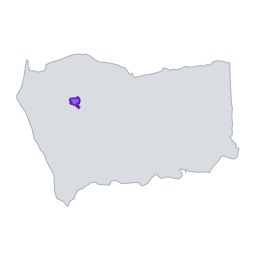 Amansie West, Ashanti, Ghana (highlighted), rotated 88°
{"feature_id": "2480657B59515552665793", "entity_name": "Amansie West", "entity_type": "district", "adm_level": 2, "iso_a3": "GHA", "parent_name": "Ghana", "parent_adm1": "Ashanti", "projection": "orthographic", "projection_center": [-1.803, 6.438], "detail": "fine", "context": "in_parent", "style": "filled", "palette": "violet", "viewbox_px": 256, "rotation_deg": 88, "n_neighbors": 0, "source": "geoboundaries", "source_scale": "gbopen_adm2", "svg_char_len": 4957}
<svg xmlns="http://www.w3.org/2000/svg" viewBox="0 0 256 256"><g transform="rotate(88 128 128)"><path d="M160.0,19.7L162.2,21.7L162.7,22.9L161.9,27.3L160.4,30.5L159.4,33.4L159.5,34.8L160.5,36.3L163.8,38.6L165.5,40.1L167.5,42.3L169.8,44.5L173.7,47.3L175.4,47.9L175.3,48.7L174.8,49.8L174.5,60.5L174.2,63.2L173.9,64.6L173.6,68.6L173.2,69.2L172.4,69.1L171.8,69.3L171.6,70.1L171.9,70.9L174.2,71.5L173.7,72.1L172.0,72.6L171.2,73.8L171.5,75.2L170.6,76.3L170.8,77.1L171.5,77.6L172.5,77.4L175.2,75.5L176.4,75.3L177.8,75.7L180.5,78.5L180.6,79.9L179.6,84.6L178.5,88.2L178.4,93.1L179.5,95.8L179.4,97.3L178.2,98.6L175.4,100.5L175.6,101.8L176.9,104.1L179.2,106.8L183.8,110.1L186.2,114.3L186.2,116.1L184.9,117.8L183.2,119.3L182.7,121.5L183.5,135.9L180.0,142.1L180.0,143.9L180.3,146.0L181.3,147.2L183.1,147.6L184.6,148.8L184.1,153.1L183.4,157.6L183.2,159.8L182.8,160.8L181.4,161.6L180.9,163.0L181.3,164.8L181.0,166.1L181.8,167.7L183.4,169.8L186.1,174.9L187.1,175.3L187.5,176.4L187.2,177.5L188.3,179.7L191.2,182.0L194.3,184.0L196.8,184.2L197.4,186.0L199.0,188.3L200.2,189.3L202.1,189.9L203.6,190.2L203.7,192.1L200.9,193.5L199.1,195.4L197.6,198.5L195.6,201.8L188.8,203.5L186.2,203.6L172.1,203.7L158.9,210.3L151.3,212.6L146.6,216.3L140.3,218.9L135.9,222.1L126.8,223.6L111.8,228.6L107.1,230.6L102.4,234.0L94.7,238.1L91.7,238.0L85.6,234.2L81.1,232.3L70.0,229.4L61.7,228.3L57.7,227.0L56.6,226.8L57.5,225.4L59.9,225.4L62.3,225.8L64.1,224.7L66.8,224.6L67.5,223.5L67.8,220.8L67.7,218.6L68.7,217.6L68.9,215.0L67.6,209.2L66.7,208.6L61.8,207.7L61.5,206.6L60.6,205.4L59.7,202.4L58.6,198.0L57.0,192.5L53.7,183.5L52.9,180.3L52.4,177.0L52.3,173.1L53.0,171.7L52.9,169.7L52.6,167.7L54.9,163.1L59.4,157.5L60.3,155.4L61.2,154.0L61.3,152.0L62.1,145.5L64.2,137.5L65.6,134.5L66.5,132.9L67.6,130.3L67.9,129.0L72.0,126.0L73.9,125.1L74.3,123.9L73.7,122.6L74.0,121.6L75.0,121.2L76.5,120.8L77.6,119.5L75.9,109.8L74.5,100.0L74.4,99.2L73.6,97.9L72.8,93.8L71.4,91.5L69.4,90.8L69.5,88.6L71.4,84.8L71.9,82.6L71.0,82.0L70.9,80.3L71.5,77.5L71.2,75.8L70.9,74.0L68.9,69.7L68.4,66.7L69.4,65.0L69.4,61.1L68.3,55.1L68.1,51.4L68.9,49.8L68.5,48.3L67.1,46.9L67.0,45.5L68.2,44.2L68.1,43.2L66.5,42.4L65.1,40.6L63.9,37.7L64.2,33.0L66.5,24.5L66.8,23.8L69.5,23.8L69.5,24.2L77.7,24.1L87.0,24.0L98.2,23.9L108.4,23.8L108.8,23.4L110.5,23.0L120.8,23.8L127.2,23.4L129.9,23.6L131.9,24.2L136.3,23.9L138.7,24.1L140.5,26.2L141.2,26.2L142.2,25.3L144.0,24.2L145.8,23.4L147.0,21.7L147.8,20.5L149.0,20.7L150.7,20.6L151.8,19.6L152.2,17.9L160.0,19.7Z" fill="#d9dde1" stroke="#a8b0b8" stroke-width="1"/><path d="M101.6,175.8L101.5,176.0L101.4,176.0L101.1,175.9L100.9,175.8L100.9,175.7L100.7,175.7L100.4,175.6L100.1,175.6L100.0,175.4L99.8,175.5L99.8,175.4L99.7,175.4L99.6,175.5L99.6,175.8L99.3,175.8L99.2,175.8L98.9,175.8L98.9,175.7L98.6,175.7L98.8,175.4L98.8,175.2L98.4,175.3L98.2,175.3L98.1,175.2L97.9,175.2L97.8,175.4L97.6,175.4L97.5,175.5L97.3,175.5L97.2,175.5L97.0,175.8L96.9,175.8L96.7,175.8L96.4,175.9L96.2,175.9L96.2,176.0L95.6,176.7L95.8,176.7L95.9,176.8L95.7,176.9L95.7,177.0L95.4,177.3L95.4,177.5L95.5,177.5L95.4,177.7L95.6,177.8L95.7,177.7L96.2,177.8L96.3,178.1L96.4,178.6L96.4,179.0L96.3,179.5L96.4,179.9L96.3,180.1L96.4,181.0L96.2,181.5L96.4,181.9L96.4,182.3L96.5,182.6L96.5,183.6L96.4,184.5L96.8,184.8L97.8,185.2L98.0,185.5L98.3,185.7L98.2,185.6L98.3,185.5L98.3,185.4L98.2,185.3L98.2,185.2L98.3,185.0L98.5,185.1L98.5,184.9L98.4,184.9L98.4,184.7L98.5,184.6L98.7,184.4L98.8,184.5L98.9,184.4L99.0,184.4L99.3,184.3L99.5,184.3L99.6,184.2L99.8,184.1L100.0,184.0L100.0,183.9L100.0,184.0L100.1,183.9L100.1,184.0L100.2,183.9L100.2,184.0L100.3,183.9L100.4,184.0L100.4,183.9L100.5,183.9L100.8,183.9L100.8,184.0L100.9,183.9L101.0,184.0L101.3,184.0L101.6,184.1L101.8,184.0L101.8,184.3L101.9,184.2L101.9,183.9L102.0,183.9L102.0,184.0L102.2,183.9L102.2,184.0L102.3,184.0L102.3,183.9L102.2,183.6L102.2,183.4L102.0,183.2L102.1,182.9L102.2,182.7L102.3,182.4L102.2,182.2L102.3,182.3L102.5,182.3L102.6,182.2L102.7,181.8L102.8,181.7L103.0,181.5L103.1,181.4L103.0,181.2L103.0,180.9L103.1,180.6L103.1,180.4L103.3,180.4L103.5,180.2L103.6,179.9L103.6,179.6L103.5,179.2L103.9,178.9L103.9,178.7L104.1,178.6L104.3,178.6L104.5,178.7L104.8,178.5L104.8,178.4L105.0,178.3L105.2,178.2L105.2,178.3L105.4,178.3L105.5,178.2L105.4,177.9L105.2,177.7L105.2,177.3L105.3,177.2L105.5,177.1L105.8,176.9L106.0,176.9L106.2,176.7L106.3,176.7L106.4,176.8L106.5,176.8L106.7,176.7L106.4,176.4L106.2,176.2L105.9,175.9L105.9,176.1L105.8,176.4L105.7,176.4L105.7,176.5L105.5,176.4L105.4,176.4L105.2,176.3L104.9,176.3L104.8,176.2L104.7,176.2L104.6,176.3L104.5,176.6L104.4,176.7L104.3,176.8L104.2,176.9L103.9,176.8L103.7,176.9L103.6,177.0L103.5,177.4L103.4,177.4L103.2,177.3L103.0,177.2L102.8,177.2L102.7,177.2L102.5,177.3L102.4,177.3L102.3,177.5L102.3,177.8L102.2,177.9L101.8,177.9L101.9,177.7L101.7,177.5L101.7,177.4L101.5,177.2L101.6,176.9L101.8,176.7L101.8,176.4L101.8,176.2L101.8,175.8L101.7,175.8L101.6,175.8Z" fill="#8b5cf6" stroke="#5b21b6" stroke-width="1.5"/></g></svg>